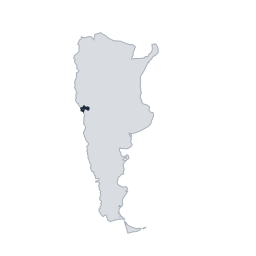 Luján de Cuyo, Mendoza, Argentina (highlighted), rotated 342°
{"feature_id": "61730980B1211136539314", "entity_name": "Luján de Cuyo", "entity_type": "district", "adm_level": 2, "iso_a3": "ARG", "parent_name": "Argentina", "parent_adm1": "Mendoza", "projection": "albers", "projection_center": [-69.794, -33.006], "detail": "fine", "context": "in_parent", "style": "filled", "palette": "slate", "viewbox_px": 256, "rotation_deg": 342, "n_neighbors": 0, "source": "geoboundaries", "source_scale": "gbopen_adm2", "svg_char_len": 4877}
<svg xmlns="http://www.w3.org/2000/svg" viewBox="0 0 256 256"><g transform="rotate(342 128 128)"><path d="M156.5,82.1L154.8,84.5L154.9,86.2L153.2,90.0L153.4,90.8L152.2,92.5L152.3,94.6L151.6,96.5L151.5,99.0L151.0,99.6L150.1,99.7L149.1,103.1L149.6,106.5L148.8,107.0L149.8,109.6L153.3,112.1L154.9,114.4L154.9,115.3L153.8,116.5L153.5,117.6L153.9,119.2L154.7,120.2L156.4,121.0L156.4,123.2L156.0,124.5L152.1,129.0L151.1,131.0L147.7,132.8L139.5,134.5L133.1,134.9L129.6,134.4L127.3,133.2L127.3,136.0L128.4,136.9L127.8,136.9L128.2,137.4L127.8,139.6L127.0,140.0L126.4,141.8L126.3,143.4L126.9,144.8L126.1,146.1L123.3,147.2L120.2,147.4L114.4,144.9L114.7,144.6L114.4,144.4L113.4,144.8L112.9,146.7L113.4,149.5L113.1,152.0L113.4,152.8L115.5,153.9L115.3,154.8L116.0,155.0L117.5,154.8L117.7,154.0L116.9,153.7L119.0,153.2L119.7,154.3L119.6,156.8L119.2,157.4L117.6,157.8L117.2,157.7L116.4,155.8L115.6,155.5L113.3,156.3L113.1,156.8L116.3,158.3L113.8,159.5L111.8,161.8L111.6,166.1L111.1,167.3L109.7,168.3L109.5,169.1L109.9,169.6L109.7,170.4L107.2,170.1L105.4,171.3L103.8,171.7L100.7,176.5L101.1,178.8L104.2,182.3L108.2,183.4L108.7,184.5L108.5,185.8L108.0,186.6L106.5,187.3L107.7,187.4L108.2,188.1L100.9,193.9L99.9,195.6L99.4,199.2L98.9,199.9L97.4,200.6L96.4,199.9L95.7,198.5L95.7,199.6L94.4,200.0L96.0,200.0L96.7,200.9L94.5,202.2L93.9,203.4L93.6,205.0L92.7,206.0L93.4,205.8L94.0,209.0L92.3,209.2L94.3,209.8L96.7,213.5L96.4,213.7L96.4,213.4L90.2,211.7L81.9,211.5L82.0,211.0L80.1,209.1L80.5,207.7L80.1,206.5L80.5,205.4L80.2,204.1L79.5,203.7L76.8,204.5L75.2,201.0L75.3,199.0L74.8,197.8L75.2,196.2L76.6,196.0L77.0,194.3L78.8,193.0L78.7,191.3L79.8,190.4L80.1,189.6L79.0,187.5L79.7,185.2L81.6,183.4L81.4,181.2L82.5,180.1L81.6,177.1L82.7,175.9L82.2,175.2L82.1,173.6L83.2,173.2L83.9,171.5L82.8,169.9L80.7,169.5L80.6,168.7L84.3,168.6L84.7,167.4L84.4,166.7L81.7,166.3L81.7,164.7L82.3,163.6L81.7,162.5L81.9,161.5L81.2,160.0L81.9,159.3L80.0,157.9L80.0,155.3L80.4,154.7L80.1,153.3L81.7,152.0L80.9,149.6L81.0,145.0L80.7,143.7L81.7,141.8L81.2,140.5L81.9,139.6L81.6,137.2L82.5,137.0L83.1,132.8L85.2,131.6L85.7,130.7L84.1,125.5L84.2,123.6L83.9,122.7L84.3,121.5L83.9,119.8L84.6,117.8L86.1,117.0L86.2,116.3L87.8,114.9L87.7,111.6L87.0,109.9L87.8,109.2L88.4,106.7L89.6,104.0L90.6,103.5L90.4,100.4L90.8,97.6L89.4,97.1L89.7,95.1L89.2,94.7L88.9,92.6L88.0,90.7L87.9,89.9L88.5,89.4L87.4,88.6L86.7,87.0L86.9,85.4L87.0,84.3L88.2,83.5L87.9,82.8L88.9,79.6L90.0,79.4L90.6,78.3L90.0,77.7L90.2,75.7L89.6,73.0L90.7,71.6L91.7,67.3L94.3,64.3L96.2,59.5L97.6,59.4L99.1,58.4L97.6,55.3L98.7,53.3L97.7,49.2L98.0,47.7L98.9,46.8L97.9,45.2L98.3,43.9L99.8,42.5L104.9,40.4L107.1,34.1L106.0,32.9L109.0,29.3L111.0,28.7L111.9,26.8L114.5,28.8L119.1,29.0L121.3,29.9L122.7,33.6L125.4,28.8L131.7,29.0L132.8,30.9L135.1,33.1L136.6,35.9L141.4,40.6L147.8,43.2L151.5,46.5L155.9,49.4L158.2,50.3L159.7,52.2L160.0,53.5L158.9,54.4L157.9,56.2L156.5,57.1L155.9,58.3L155.8,59.8L153.1,62.7L153.0,63.8L155.5,63.8L161.1,65.7L163.9,66.0L164.8,66.7L166.5,65.4L168.9,66.3L170.8,64.1L172.5,63.8L174.4,62.3L175.6,60.3L176.6,55.9L177.5,56.4L179.2,56.0L180.5,57.1L181.2,61.1L180.4,64.7L179.5,66.0L177.6,66.6L176.5,67.5L173.6,67.8L171.9,69.6L168.2,71.2L168.2,72.3L167.1,72.1L160.5,78.9L156.5,82.1ZM95.4,228.0L95.7,215.4L97.2,217.9L96.4,217.8L96.2,218.9L97.5,219.2L98.1,220.7L100.9,223.5L105.1,226.4L109.3,227.4L108.0,228.6L103.9,229.2L101.5,228.4L95.4,228.0ZM110.9,228.3L112.2,227.8L114.7,227.9L111.3,228.7L110.9,228.3ZM129.2,135.4L129.1,136.0L128.3,135.1L129.2,135.4Z" fill="#d9dde1" stroke="#a8b0b8" stroke-width="1"/><path d="M96.7,97.4L96.8,97.2L96.9,96.9L97.0,96.7L96.9,96.5L96.7,96.6L96.4,96.4L96.2,96.2L96.0,96.3L95.9,96.3L95.9,96.2L95.9,95.9L96.0,95.8L96.0,95.7L95.9,95.7L95.7,95.6L95.6,95.8L95.4,95.9L95.3,96.0L95.2,96.0L94.9,96.1L94.7,96.2L94.4,95.9L94.3,95.7L94.2,95.7L94.0,95.4L93.9,95.4L93.7,95.4L93.7,95.2L93.7,94.9L93.5,94.7L93.4,94.6L93.4,94.4L93.4,94.2L93.3,93.9L93.2,93.9L93.1,93.7L92.9,93.6L92.7,93.5L92.4,93.7L92.4,93.8L92.3,94.0L92.2,94.1L92.1,94.3L91.9,94.4L91.9,94.5L91.7,94.5L91.4,94.7L91.3,94.8L91.2,94.8L91.1,95.0L90.9,95.0L90.8,94.9L90.7,94.9L90.4,94.8L90.3,94.7L90.2,94.8L90.0,94.7L89.9,94.8L89.8,94.7L89.7,94.7L89.7,94.8L89.7,94.7L89.4,94.7L89.4,94.8L89.5,94.8L89.5,95.0L89.8,95.1L89.9,95.3L89.8,95.5L89.7,95.6L89.7,95.8L89.7,96.0L89.4,96.0L89.4,96.3L89.5,96.3L89.5,96.5L89.4,96.6L89.5,96.6L89.5,96.8L89.5,97.0L89.5,97.3L89.6,97.5L89.8,97.6L89.8,97.8L90.0,97.8L90.0,97.7L90.3,97.5L90.3,97.4L90.2,97.4L90.3,97.4L90.3,97.5L90.5,97.6L90.8,97.7L90.9,97.8L91.0,97.9L91.0,98.0L92.4,96.0L92.5,96.0L92.7,95.9L92.8,95.9L92.8,96.0L92.9,96.3L93.0,96.3L93.4,96.4L93.6,96.5L93.9,96.6L94.0,96.6L94.1,96.8L94.2,97.0L94.3,97.1L94.5,97.2L94.6,97.3L94.8,97.4L94.9,97.5L95.1,97.6L95.5,97.7L95.4,98.0L95.5,98.0L95.8,98.1L96.0,98.2L96.0,98.3L96.2,98.2L96.3,98.1L96.5,98.0L96.5,97.9L96.5,97.7L96.7,97.4Z" fill="#64748b" stroke="#1e293b" stroke-width="1.5"/></g></svg>